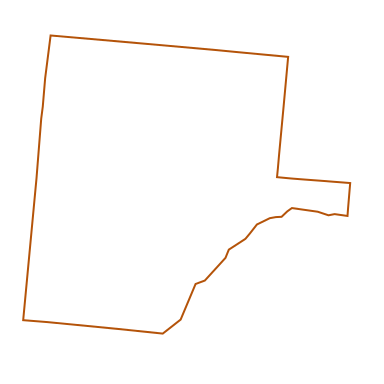 Anoka, Minnesota, United States of America, rotated 275°
{"feature_id": "52423323B48420987628621", "entity_name": "Anoka", "entity_type": "district", "adm_level": 2, "iso_a3": "USA", "parent_name": "United States of America", "parent_adm1": "Minnesota", "projection": "mercator", "projection_center": [-93.252, 45.225], "detail": "fine", "context": "isolated", "style": "outline", "palette": "amber", "viewbox_px": 384, "rotation_deg": 275, "n_neighbors": 0, "source": "geoboundaries", "source_scale": "gbopen_adm2", "svg_char_len": 657}
<svg xmlns="http://www.w3.org/2000/svg" viewBox="0 0 384 384"><g transform="rotate(275 192 192)"><path d="M335.6,37.5L292.6,35.8L264.0,35.9L252.0,35.4L192.2,35.9L49.6,35.0L49.8,59.2L49.1,130.7L48.4,175.2L63.9,191.8L100.7,203.6L104.9,212.5L129.3,231.1L137.8,233.7L150.0,249.3L155.6,253.2L165.3,259.5L172.7,271.8L174.3,277.7L175.1,283.4L181.0,288.6L184.7,292.9L183.3,319.0L180.7,330.0L182.4,336.0L181.7,349.0L188.4,348.9L214.7,348.8L214.6,337.0L214.5,327.4L214.5,324.6L214.2,301.3L214.1,289.9L214.2,275.4L223.0,275.5L237.0,275.5L284.8,275.8L335.0,276.0L335.3,226.4L335.5,204.1L335.6,132.8L335.6,37.5Z" fill="none" stroke="#b45309" stroke-width="2"/></g></svg>